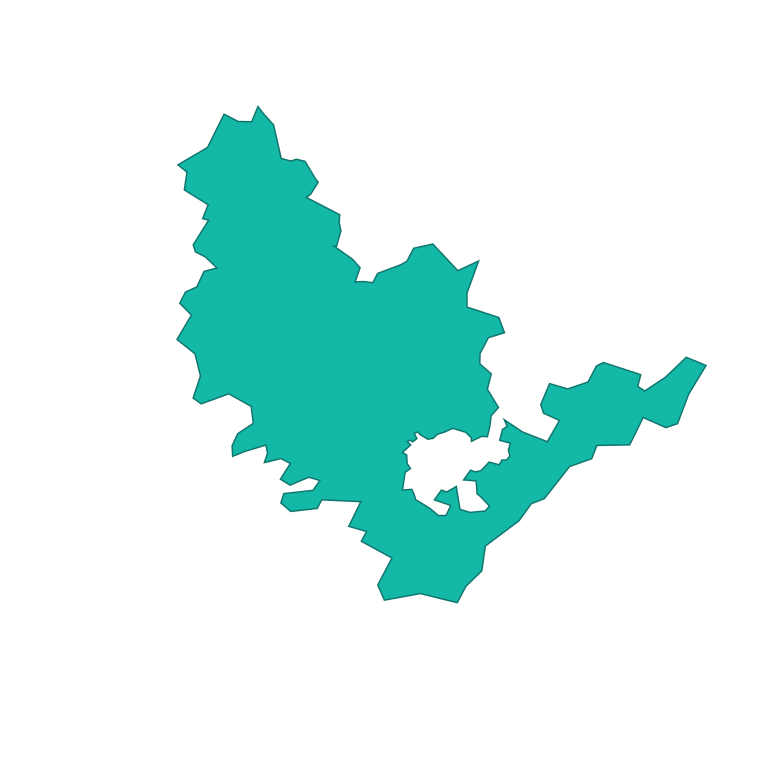 outline of Samarkand, Samarkand, Uzbekistan, rotated 116°
{"feature_id": "79887680B77379666017529", "entity_name": "Samarkand", "entity_type": "district", "adm_level": 2, "iso_a3": "UZB", "parent_name": "Uzbekistan", "parent_adm1": "Samarkand", "projection": "albers", "projection_center": [66.932, 39.559], "detail": "fine", "context": "isolated", "style": "filled", "palette": "teal", "viewbox_px": 768, "rotation_deg": 116, "n_neighbors": 0, "source": "geoboundaries", "source_scale": "gbopen_adm2", "svg_char_len": 2463}
<svg xmlns="http://www.w3.org/2000/svg" viewBox="0 0 768 768"><g transform="rotate(116 384 384)"><path d="M194.0,610.6L189.9,618.9L206.3,617.9L212.0,630.1L211.6,646.0L248.8,646.3L277.4,665.3L279.9,654.0L297.1,648.5L300.0,620.6L314.9,619.5L313.6,613.4L342.5,616.5L347.9,611.4L348.1,600.0L353.0,585.0L361.7,595.1L378.8,594.8L388.3,602.7L400.9,603.0L406.5,587.3L434.7,589.6L439.7,567.1L457.2,552.5L480.3,549.4L482.0,539.6L460.9,519.3L462.3,493.6L476.7,484.2L492.8,493.7L506.2,493.4L515.3,488.3L505.8,479.7L490.6,463.4L497.4,458.3L507.1,457.1L496.2,443.9L496.5,433.3L515.0,435.4L516.1,424.1L500.8,410.8L498.8,399.4L510.7,401.2L526.4,425.9L536.1,424.6L539.4,411.9L525.1,389.5L515.4,389.2L499.9,353.2L527.4,353.3L524.2,335.0L535.3,335.4L536.9,300.6L567.4,301.5L578.1,288.9L556.5,259.6L548.4,222.3L529.8,221.7L509.1,214.2L485.2,221.9L447.7,202.7L427.0,199.1L416.8,189.7L376.8,181.0L360.1,164.6L345.9,165.7L331.0,136.5L300.5,136.4L299.6,111.4L290.9,102.8L259.6,105.7L226.2,102.7L227.5,124.0L254.5,134.0L276.0,146.6L274.9,154.9L263.1,157.3L268.5,196.2L274.7,201.0L292.8,201.5L307.9,216.7L311.1,235.3L333.8,234.1L340.3,227.8L339.8,210.3L364.3,211.9L366.4,238.7L363.4,260.2L368.0,254.8L373.0,257.6L383.9,255.3L381.8,244.5L389.0,243.2L393.5,239.3L398.6,240.6L400.7,244.7L406.1,245.0L408.1,255.3L419.4,258.8L423.0,263.6L423.5,268.4L435.3,270.4L430.8,258.9L434.3,256.5L441.8,252.3L442.8,248.3L446.2,238.8L447.8,235.7L453.8,237.4L461.7,250.4L463.3,260.8L447.9,271.7L444.4,274.1L453.5,280.2L454.2,285.9L466.0,287.9L463.9,270.8L474.9,270.5L478.4,277.3L475.7,288.1L474.8,296.9L474.1,304.7L470.1,308.5L466.5,312.8L471.2,320.9L454.2,326.3L448.3,323.1L445.4,328.3L437.9,332.5L437.5,337.4L427.0,333.3L425.7,337.8L423.2,336.2L423.4,332.8L418.6,330.5L415.1,335.2L412.4,332.6L413.6,329.6L414.4,320.4L411.3,316.0L405.6,313.8L401.1,309.0L393.7,302.7L391.6,289.5L394.0,282.0L397.2,280.2L388.4,273.5L386.0,268.0L375.9,270.2L365.6,273.8L354.9,270.8L343.4,288.8L327.9,292.0L323.9,306.7L314.7,311.0L296.6,310.5L285.1,298.2L273.9,309.9L276.2,326.5L278.5,343.2L265.7,349.3L232.0,352.9L249.8,367.3L236.8,401.5L249.0,416.8L263.7,417.2L269.9,421.6L287.4,438.2L297.9,438.5L300.8,447.1L304.9,454.7L290.1,456.4L285.7,466.9L282.0,489.3L281.0,487.1L275.7,488.0L265.2,489.9L258.7,495.0L251.3,498.0L250.9,512.9L250.4,535.4L245.2,533.1L231.6,531.6L229.4,535.8L218.5,552.6L220.4,561.2L224.5,565.6L226.3,575.3L213.5,585.6L199.5,596.9L194.0,610.6Z" fill="#14b8a6" stroke="#0f766e" stroke-width="1.5"/></g></svg>